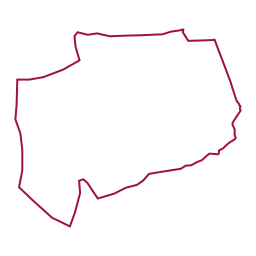 Al Lagowa, South Kordufan, Sudan (Mercator projection)
{"feature_id": "16777658B4481857181861", "entity_name": "Al Lagowa", "entity_type": "district", "adm_level": 2, "iso_a3": "SDN", "parent_name": "Sudan", "parent_adm1": "South Kordufan", "projection": "mercator", "projection_center": [29.243, 11.301], "detail": "fine", "context": "isolated", "style": "outline", "palette": "rose", "viewbox_px": 256, "rotation_deg": 0, "n_neighbors": 0, "source": "geoboundaries", "source_scale": "gbopen_adm2", "svg_char_len": 1679}
<svg xmlns="http://www.w3.org/2000/svg" viewBox="0 0 256 256"><path d="M232.5,88.2L232.4,88.1L232.4,87.9L232.1,86.8L231.9,86.3L231.6,85.4L231.1,83.5L231.0,83.4L230.8,82.5L230.6,82.0L230.4,81.5L229.2,78.3L226.6,71.4L224.6,66.1L221.8,58.6L221.6,58.2L219.0,51.4L217.9,48.5L216.3,44.3L215.9,43.1L214.7,40.1L214.6,39.7L214.0,39.8L213.9,39.8L212.4,40.1L211.2,40.1L205.7,40.3L203.5,40.4L193.6,40.7L190.1,40.8L188.3,40.8L188.1,40.6L183.1,32.7L182.9,32.4L183.3,29.9L183.3,29.6L182.9,29.6L181.9,29.7L181.7,29.7L181.7,29.8L181.6,30.1L171.2,31.6L162.5,34.3L150.9,34.8L139.9,35.3L126.2,35.6L109.9,36.3L97.1,33.4L87.8,34.8L77.6,32.3L74.5,36.1L75.5,46.4L79.5,60.3L63.2,69.6L43.1,77.2L29.3,79.6L17.3,79.6L16.6,104.8L15.4,119.3L20.4,133.5L22.3,149.9L22.3,170.0L19.1,187.3L32.2,199.8L52.0,217.7L69.9,226.4L75.0,212.3L80.1,193.1L79.1,180.7L83.3,179.3L87.4,182.9L92.7,190.9L97.8,198.5L114.3,193.6L125.9,187.7L136.9,184.9L142.9,180.8L149.0,173.9L160.2,172.0L180.7,168.8L185.7,165.7L191.1,165.3L197.2,162.0L201.9,160.2L206.7,155.8L209.4,153.6L218.2,154.3L218.6,153.9L218.9,152.1L219.1,150.4L223.0,148.4L226.9,144.7L228.5,143.2L234.9,139.1L235.7,137.8L234.6,134.9L234.6,134.7L234.7,131.2L234.7,129.5L232.7,125.1L232.5,124.8L232.6,123.5L232.7,122.4L233.6,121.1L237.4,115.3L237.5,115.3L238.5,113.7L240.2,111.2L240.5,110.8L240.6,110.6L240.1,109.3L239.9,108.9L239.8,108.3L240.3,107.0L240.5,106.5L240.4,106.4L240.3,106.6L240.2,106.9L240.0,106.5L240.0,106.3L239.9,106.2L239.7,105.7L239.5,105.4L239.3,104.7L238.9,103.9L237.3,101.7L237.2,101.7L236.7,101.0L234.9,95.7L234.8,95.4L234.4,94.3L234.1,93.3L233.9,92.6L233.2,90.3L232.6,88.6L232.6,88.4L232.5,88.2Z" fill="none" stroke="#9f1239" stroke-width="2"/></svg>